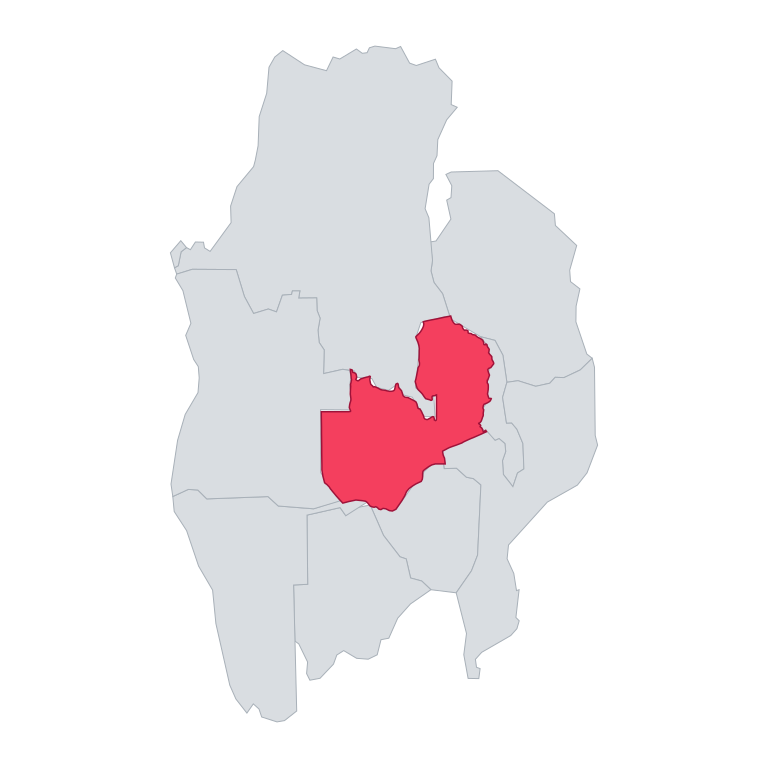 map of Zambia with United Republic of Tanzania, Democratic Republic of the Congo, Zimbabwe and 5 others greyed out
{"feature_id": "ZMB", "entity_name": "Zambia", "entity_type": "country or territory", "adm_level": 0, "iso_a3": "ZMB", "parent_name": "Africa", "parent_adm1": "", "projection": "equal_earth", "projection_center": [28.807, -13.118], "detail": "fine", "context": "with_neighbors", "style": "filled", "palette": "rose", "viewbox_px": 768, "rotation_deg": 0, "n_neighbors": 8, "source": "natural_earth", "source_scale": "50m", "svg_char_len": 9225}
<svg xmlns="http://www.w3.org/2000/svg" viewBox="0 0 768 768"><path d="M497.9,170.7L554.4,213.8L555.4,225.5L576.7,245.5L569.7,270.2L570.5,281.6L579.9,288.9L576.1,306.2L575.9,321.8L586.8,354.0L592.2,358.3L580.3,369.9L564.0,377.6L555.2,377.3L549.8,383.2L535.7,386.3L518.0,380.7L506.9,382.3L502.9,355.2L495.0,340.4L480.5,336.7L450.6,318.9L442.6,293.7L434.0,282.5L431.0,270.9L432.5,260.4L429.8,242.0L436.0,241.0L450.9,219.1L446.7,200.1L451.0,197.6L451.8,185.7L445.9,174.4L451.2,172.0L497.9,170.7Z" fill="#d9dde1" stroke="#a8b0b8" stroke-width="1"/><path d="M428.9,217.8L432.5,260.4L431.0,270.9L434.0,282.5L442.6,293.7L450.6,318.9L444.7,316.8L420.8,322.6L416.6,335.4L419.9,344.2L415.5,387.7L429.8,399.0L433.8,395.4L435.0,416.7L423.8,416.6L412.3,397.2L401.0,394.4L397.6,384.0L388.6,390.3L376.8,387.5L371.8,378.5L355.5,377.2L354.6,371.0L342.8,369.3L323.6,373.6L324.2,349.9L319.2,342.5L318.0,330.2L320.1,318.2L317.1,310.5L316.7,297.9L298.7,298.1L299.9,290.9L292.4,290.9L291.6,294.4L282.4,295.2L276.5,311.9L268.3,309.0L253.6,313.5L244.4,296.5L236.2,269.6L192.3,269.3L176.7,274.1L174.5,267.8L178.3,265.7L181.1,251.8L186.5,247.6L190.4,249.7L195.4,242.0L203.5,242.2L204.5,247.9L210.1,251.4L231.1,222.6L230.6,206.1L237.0,186.6L253.6,166.6L255.3,160.2L258.1,145.8L259.2,116.6L266.7,93.3L269.0,67.2L274.8,57.0L282.8,50.6L304.5,64.8L326.5,70.7L333.1,57.0L339.8,59.0L356.4,49.0L362.3,53.3L367.1,52.7L369.4,47.8L374.9,46.1L395.6,48.7L400.6,46.5L409.6,63.1L416.3,65.5L435.4,59.2L439.0,67.8L452.1,81.1L451.2,104.6L457.2,107.3L446.7,119.8L437.8,139.6L437.0,155.7L433.5,163.4L433.4,178.6L429.1,184.2L425.1,208.7L428.9,217.8Z" fill="#d9dde1" stroke="#a8b0b8" stroke-width="1"/><path d="M456.2,592.8L430.9,589.7L421.7,581.0L410.6,578.0L406.2,558.9L400.0,556.8L383.5,535.4L370.2,505.0L396.2,508.9L416.9,480.1L422.2,478.6L423.9,471.8L432.3,463.9L443.4,461.2L444.3,468.6L456.5,468.2L466.4,477.2L473.4,478.6L480.9,484.9L477.6,555.1L471.5,570.8L456.2,592.8Z" fill="#d9dde1" stroke="#a8b0b8" stroke-width="1"/><path d="M430.9,589.7L410.5,603.9L397.7,618.2L388.8,638.2L381.0,639.7L377.2,654.8L368.2,659.2L356.6,658.3L343.7,650.6L336.8,655.0L333.5,664.1L320.0,678.3L309.9,680.2L306.6,673.6L307.6,662.0L298.8,643.9L294.9,641.1L293.6,585.0L307.7,584.3L307.0,515.1L340.1,507.6L345.8,515.7L355.0,508.0L370.2,505.0L383.5,535.4L400.0,556.8L406.2,558.9L410.6,578.0L421.7,581.0L430.9,589.7Z" fill="#d9dde1" stroke="#a8b0b8" stroke-width="1"/><path d="M293.6,585.0L296.7,711.0L284.5,720.6L277.0,721.9L261.7,717.0L259.0,709.0L253.3,703.9L246.9,713.1L235.9,699.0L229.8,685.2L215.9,623.6L212.6,590.1L198.6,566.1L186.6,530.6L174.2,511.5L172.8,496.5L188.3,489.4L197.8,490.0L206.8,498.9L268.0,496.6L278.3,506.0L313.6,508.8L352.2,496.4L361.7,497.5L367.5,501.9L345.8,515.7L340.1,507.6L307.0,515.1L307.7,584.3L293.6,585.0Z" fill="#d9dde1" stroke="#a8b0b8" stroke-width="1"/><path d="M480.5,336.7L495.0,340.4L502.9,355.2L506.9,382.3L502.6,397.4L506.5,423.1L511.6,422.9L516.9,429.2L522.9,443.5L523.9,468.9L517.5,473.0L512.9,486.7L503.4,474.5L502.5,460.6L505.7,451.5L504.9,443.6L499.1,438.6L495.1,440.4L479.0,425.8L483.6,407.4L488.2,400.5L485.5,384.0L491.1,362.5L487.4,345.6L480.5,336.7Z" fill="#d9dde1" stroke="#a8b0b8" stroke-width="1"/><path d="M506.9,382.3L518.0,380.7L535.7,386.3L549.8,383.2L555.2,377.3L564.0,377.6L580.3,369.9L592.2,358.3L594.5,367.3L595.2,435.4L597.6,445.1L587.0,472.9L577.4,485.1L547.3,502.1L508.5,545.0L507.1,558.8L513.8,573.5L516.5,590.6L519.1,589.7L515.9,617.5L519.2,620.8L516.9,628.7L510.8,635.5L481.7,652.3L475.4,659.3L476.5,667.3L480.1,668.6L478.8,678.6L468.1,678.4L463.8,654.7L466.5,633.5L456.2,592.8L471.5,570.8L477.6,555.1L480.9,484.9L473.4,478.6L466.4,477.2L456.5,468.2L444.3,468.6L442.0,447.2L486.7,430.9L495.1,440.4L499.1,438.6L504.9,443.6L505.7,451.5L502.5,460.6L503.4,474.5L512.9,486.7L517.5,473.0L523.9,468.9L522.9,443.5L516.9,429.2L511.6,422.9L506.5,423.1L502.6,397.4L506.9,382.3Z" fill="#d9dde1" stroke="#a8b0b8" stroke-width="1"/><path d="M186.5,247.6L181.1,251.8L178.3,265.7L174.5,267.8L170.4,252.8L180.8,240.7L186.5,247.6ZM176.7,274.1L192.3,269.3L236.2,269.6L244.4,296.5L253.6,313.5L268.3,309.0L276.5,311.9L282.4,295.2L291.6,294.4L292.4,290.9L299.9,290.9L298.7,298.1L316.7,297.9L317.1,310.5L320.1,318.2L318.0,330.2L319.2,342.5L324.2,349.9L323.6,373.6L342.8,369.3L349.5,370.5L351.1,376.6L349.5,386.3L352.1,395.6L350.0,403.0L351.3,409.9L320.6,409.6L320.6,472.5L340.3,500.8L313.6,508.8L278.3,506.0L268.0,496.6L206.8,498.9L197.8,490.0L188.3,489.4L172.8,496.5L171.0,484.1L177.6,440.3L185.2,414.4L198.0,392.6L199.2,377.9L198.3,366.6L193.7,359.5L185.7,335.4L190.9,323.3L182.9,290.6L175.3,278.0L176.7,274.1Z" fill="#d9dde1" stroke="#a8b0b8" stroke-width="1"/><path d="M445.2,463.9L443.0,463.9L439.3,463.9L435.4,463.9L431.8,464.9L428.9,466.5L425.4,469.0L424.3,469.9L423.4,470.7L422.9,471.6L422.6,473.7L422.6,476.9L422.3,479.3L421.2,481.4L415.9,483.9L412.5,486.0L409.1,488.5L406.5,491.7L404.8,495.7L401.9,500.6L399.0,504.8L395.9,509.3L392.4,511.0L389.4,510.6L385.8,508.8L383.0,508.4L380.9,509.6L379.0,509.2L377.2,507.4L375.7,506.7L374.5,507.2L373.0,507.1L370.2,506.1L367.7,503.0L366.4,501.7L365.4,501.2L362.5,500.7L355.8,500.0L355.1,500.2L352.3,500.8L348.9,501.5L345.9,502.3L342.8,503.1L339.8,499.9L336.5,496.2L333.0,492.0L330.4,488.8L329.2,486.9L326.9,484.5L325.2,483.3L324.6,482.7L322.9,476.1L321.9,470.0L321.9,465.5L321.8,459.2L321.7,452.8L321.7,446.5L321.6,440.2L321.5,433.8L321.5,427.5L321.4,421.1L321.3,414.8L321.3,411.7L324.7,411.7L328.5,411.7L332.6,411.7L336.9,411.7L341.3,411.7L345.7,411.7L348.8,411.7L349.6,411.6L350.5,411.4L350.6,410.8L349.3,407.7L349.4,406.6L349.7,404.4L350.2,402.6L350.9,400.2L350.9,398.8L350.3,394.1L350.4,391.6L350.5,388.9L350.7,386.3L350.5,384.6L350.7,383.6L351.1,382.2L351.3,380.7L351.6,380.0L351.5,379.4L351.2,378.2L351.0,375.6L350.6,372.0L350.3,369.4L350.8,369.5L352.0,369.8L352.5,371.0L352.8,372.4L353.6,372.5L355.6,373.4L356.2,374.5L356.7,377.0L356.4,378.3L355.8,379.3L356.4,380.2L357.8,380.8L358.5,380.7L360.7,378.9L361.6,378.6L362.8,378.3L363.8,377.9L366.7,377.1L368.4,376.8L369.3,376.2L369.9,376.2L370.3,376.6L369.9,378.4L369.8,380.0L370.4,382.9L370.8,384.3L371.8,385.3L372.5,385.8L373.2,386.9L374.8,386.7L378.3,388.2L379.4,388.9L380.8,389.6L381.9,389.9L385.5,390.4L386.8,390.8L389.3,391.3L391.2,391.3L392.6,391.1L393.6,390.7L394.2,390.2L394.5,389.8L394.9,388.3L395.6,385.1L395.9,384.2L396.6,383.7L397.5,383.4L398.1,384.0L398.7,387.5L401.5,390.7L402.4,393.4L403.1,395.7L403.7,396.3L404.7,397.1L406.4,397.4L407.9,397.5L411.0,399.1L413.5,400.4L415.3,401.4L416.1,402.1L416.6,403.3L417.0,404.2L417.5,406.5L418.1,408.4L419.1,408.8L419.9,408.9L420.7,410.2L421.4,411.3L422.6,414.0L423.6,415.9L423.9,417.7L424.9,419.0L426.4,419.5L427.7,419.5L428.5,419.0L430.3,418.0L431.8,417.0L432.9,416.6L433.5,416.8L434.0,417.6L434.3,419.0L434.3,419.9L435.4,420.6L436.1,420.3L436.4,419.4L436.4,419.0L436.5,415.0L436.5,411.5L436.5,408.2L436.5,404.2L436.5,400.8L436.5,397.9L436.5,394.9L435.8,395.1L434.9,395.7L433.0,395.8L432.2,396.3L432.0,397.1L432.1,398.1L432.2,399.5L431.9,400.1L431.0,400.4L429.8,399.8L427.5,399.2L425.7,398.7L424.3,396.9L422.5,394.2L421.3,392.8L418.5,390.0L418.0,389.4L417.1,388.1L416.3,385.8L416.0,384.3L415.6,383.2L415.2,381.5L415.9,379.0L416.9,374.1L417.6,370.6L418.0,368.0L419.4,365.3L419.5,363.0L418.9,359.9L419.1,358.2L419.2,354.0L419.2,350.4L419.3,348.6L418.9,345.6L417.9,342.2L415.9,337.6L415.9,336.6L417.1,335.4L419.1,333.5L420.0,332.4L421.2,330.7L421.7,329.9L422.8,327.8L423.5,326.1L423.8,323.9L423.2,321.8L424.3,321.4L427.9,320.6L431.9,319.8L436.1,319.0L440.3,318.1L444.4,317.2L448.2,316.5L450.7,316.0L451.1,317.4L451.9,319.8L452.8,321.6L453.9,323.1L454.9,324.0L455.5,324.3L459.6,324.2L461.1,325.2L462.3,326.3L462.7,328.2L463.5,329.3L464.4,330.2L464.8,330.4L465.4,330.1L466.5,330.1L467.5,330.5L468.0,330.9L468.1,332.5L468.4,333.1L469.7,333.4L471.1,333.5L472.5,334.6L473.9,334.8L475.6,335.2L476.4,336.3L478.2,337.5L480.4,338.5L482.0,339.7L482.8,340.2L482.9,340.7L483.3,341.7L483.7,342.4L483.7,343.5L483.9,344.5L484.6,344.7L485.1,344.8L485.5,344.1L486.2,344.1L486.9,344.6L487.1,345.7L487.7,347.2L488.6,348.3L489.2,349.3L489.0,351.1L488.6,352.8L489.8,354.4L491.3,356.0L491.8,356.7L491.9,359.0L492.1,359.8L493.2,361.7L493.7,363.0L493.7,363.8L490.8,367.6L489.8,368.0L489.0,368.2L488.2,369.0L487.7,369.8L487.9,370.2L488.2,371.6L488.9,373.6L489.5,375.1L488.9,376.9L487.8,380.0L487.3,380.2L487.2,382.6L487.5,383.4L488.1,384.1L488.3,385.7L488.3,387.8L488.2,389.6L487.5,394.0L488.7,397.9L489.2,398.4L491.0,398.4L491.3,398.7L490.8,399.8L490.1,401.0L489.6,401.5L487.3,402.9L484.0,404.3L483.3,405.7L482.9,407.8L483.2,409.0L483.7,409.7L483.5,411.4L483.2,413.3L483.3,414.8L483.1,416.1L482.7,416.8L482.1,418.7L481.4,420.7L480.9,421.6L480.0,422.6L478.7,423.3L478.8,423.7L480.2,424.7L480.6,425.3L480.7,425.7L480.4,426.1L480.1,426.7L480.8,427.3L481.6,427.8L482.4,429.2L483.1,431.0L483.3,431.6L483.4,431.9L483.7,431.9L484.1,431.6L485.1,430.6L485.7,430.3L486.5,431.7L483.3,433.1L481.7,433.9L476.9,436.0L472.8,437.8L471.7,438.2L469.6,439.1L468.5,439.6L464.8,441.3L463.2,442.1L462.0,442.9L458.9,444.1L456.0,445.2L452.8,446.3L449.3,447.6L447.3,448.6L445.9,449.4L442.8,451.0L442.6,451.4L442.7,452.5L443.1,454.8L443.9,456.9L444.5,458.1L444.9,461.2L445.2,463.9Z" fill="#f43f5e" stroke="#9f1239" stroke-width="1.5"/></svg>